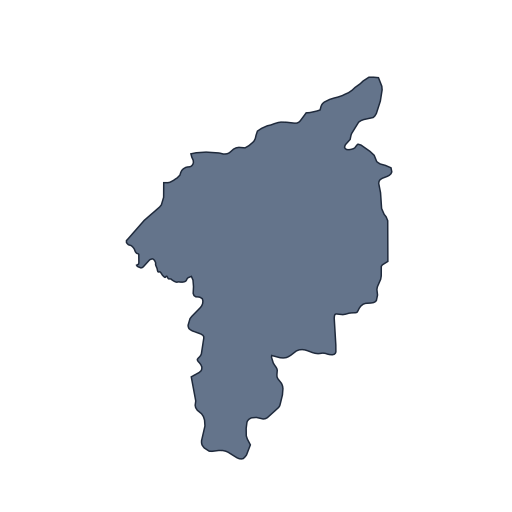 SVG path tracing the border of Arhangay, rotated 283°
{"feature_id": "MNG-3316", "entity_name": "Arhangay", "entity_type": "Province", "adm_level": 1, "iso_a3": "MNG", "parent_name": "Mongolia", "parent_adm1": "", "projection": "albers", "projection_center": [100.83, 48.018], "detail": "fine", "context": "isolated", "style": "filled", "palette": "slate", "viewbox_px": 512, "rotation_deg": 283, "n_neighbors": 0, "source": "natural_earth", "source_scale": "10m", "svg_char_len": 4358}
<svg xmlns="http://www.w3.org/2000/svg" viewBox="0 0 512 512"><g transform="rotate(283 256 256)"><path d="M306.7,149.6L307.6,153.6L308.5,155.6L311.2,158.7L312.8,160.1L314.3,161.6L317.7,163.7L320.5,163.9L322.2,164.3L323.0,164.6L324.6,165.6L326.5,167.6L327.3,169.2L328.0,171.3L328.8,172.6L330.0,173.4L331.4,173.9L333.0,174.0L335.1,173.3L337.9,171.2L340.9,169.6L343.1,174.4L346.0,184.0L348.0,196.4L348.1,198.1L348.0,201.2L348.6,203.5L349.2,205.0L350.3,206.5L351.6,207.6L355.1,210.1L356.9,212.3L358.0,214.9L358.9,221.0L361.1,223.4L362.2,224.5L367.0,228.0L368.6,228.5L370.3,228.9L373.7,228.9L378.0,229.3L381.6,232.7L385.4,237.7L387.0,241.0L389.0,244.0L391.1,247.7L392.1,250.3L393.2,255.8L394.1,263.7L394.6,265.6L395.0,266.4L396.2,267.8L397.6,268.7L402.6,270.9L406.8,272.7L407.7,275.8L408.4,277.4L410.9,282.6L412.7,285.6L416.2,285.7L418.0,286.0L419.5,286.6L421.3,287.9L425.1,292.5L427.4,296.4L429.3,300.1L431.7,304.0L433.6,306.3L436.0,309.5L439.2,312.4L442.5,314.6L447.3,318.8L450.6,321.0L455.6,325.8L456.7,330.7L457.3,335.2L449.7,340.4L446.3,341.5L434.9,342.3L421.9,341.2L419.0,340.2L417.3,339.0L413.2,330.3L411.6,327.9L409.5,325.9L396.8,321.6L394.8,321.4L390.8,321.5L384.8,318.2L383.8,317.9L381.9,317.8L380.7,318.8L380.1,320.5L380.5,322.7L381.3,324.7L382.3,326.5L383.5,327.9L385.1,328.6L386.7,329.3L387.9,330.2L387.7,333.4L383.6,343.5L380.7,348.5L375.1,352.4L374.4,354.0L373.6,356.3L373.4,361.6L372.3,367.7L368.5,369.4L366.5,369.0L364.6,367.7L363.2,366.1L360.1,361.5L358.2,359.7L356.4,359.1L354.4,359.2L345.7,363.1L330.5,367.7L325.4,371.5L323.4,374.0L320.0,376.4L280.4,385.7L275.8,381.1L274.1,380.4L264.8,382.5L261.4,382.7L253.3,381.2L250.6,381.3L245.3,383.2L239.6,383.3L238.1,382.3L237.0,380.9L236.0,378.4L234.5,373.4L233.2,371.3L230.8,369.4L228.5,368.4L224.6,367.4L223.8,367.0L223.2,366.0L222.1,362.0L221.2,359.5L219.5,356.4L218.4,353.8L217.6,347.1L216.8,346.1L215.3,345.9L213.0,346.2L187.2,353.8L180.5,355.4L179.1,355.2L177.8,354.3L176.9,352.5L176.5,349.9L176.5,347.7L176.7,345.7L176.6,344.1L176.3,342.5L175.5,340.5L174.8,338.5L174.5,335.5L174.6,332.8L175.3,327.5L175.5,324.7L175.2,322.0L174.3,319.2L172.6,316.7L167.1,312.2L165.0,310.0L163.8,308.3L162.8,305.5L162.3,302.3L162.6,293.7L160.8,293.9L155.6,296.9L153.7,298.8L152.3,300.4L151.0,301.6L149.5,302.4L144.8,303.1L142.9,303.7L141.4,304.8L137.6,309.5L136.1,310.6L134.9,311.3L132.7,312.1L126.6,313.0L117.7,312.9L115.4,312.8L113.5,312.1L101.0,303.4L99.6,301.7L98.8,299.7L98.8,292.7L97.3,288.0L96.3,286.8L95.4,285.9L94.2,285.2L93.0,284.7L91.7,284.6L85.8,285.2L78.5,287.0L75.6,288.8L70.7,293.0L60.0,291.5L58.0,290.6L55.8,289.2L55.0,287.5L54.7,285.4L55.1,282.9L58.6,272.7L59.0,270.3L59.0,267.4L58.2,263.6L55.8,257.1L55.3,254.3L57.3,248.8L58.4,247.4L59.8,245.9L61.6,245.0L63.7,244.5L78.9,244.5L84.5,242.8L87.7,240.9L90.0,238.5L92.5,233.5L94.7,231.3L96.9,230.3L101.2,229.9L123.7,220.1L129.8,226.9L132.0,228.4L133.7,228.6L135.7,228.2L137.8,226.6L139.2,224.9L140.2,223.4L141.1,222.5L142.1,222.1L143.5,222.7L144.9,223.6L146.5,224.4L148.2,224.8L164.2,223.6L165.7,223.2L166.8,222.1L167.6,219.8L168.7,210.8L169.4,208.6L170.2,207.0L171.8,205.9L173.3,205.4L180.1,205.8L182.7,207.0L193.4,213.5L195.3,214.3L197.5,214.7L200.2,214.4L202.3,213.3L203.2,210.7L203.1,208.7L202.7,206.5L203.5,204.5L205.4,203.2L212.1,202.0L218.4,200.0L221.6,197.6L220.0,195.3L219.3,194.5L218.8,194.2L218.4,194.0L217.0,193.7L216.1,193.4L215.7,193.1L215.3,192.7L214.8,192.0L214.1,190.5L213.8,189.3L213.5,187.8L213.5,186.6L212.7,184.8L212.6,184.1L212.8,182.7L213.1,181.5L213.8,179.5L214.4,178.5L214.4,177.5L214.3,176.9L214.1,176.4L214.1,175.9L214.4,175.4L215.8,174.1L216.2,173.7L216.1,173.3L215.8,172.9L214.8,172.4L214.7,171.9L215.1,171.0L216.2,169.2L217.5,167.9L218.5,166.8L218.9,166.1L218.9,165.4L218.6,165.0L218.5,164.4L218.7,163.9L220.2,163.0L221.3,162.6L224.1,160.6L225.0,160.1L225.8,159.9L226.3,159.9L226.8,159.7L227.3,159.4L228.9,158.1L229.3,157.5L229.8,156.4L229.9,155.8L229.9,155.5L228.5,153.3L220.1,148.6L219.3,147.9L218.8,147.3L218.5,146.1L218.7,145.5L218.9,144.0L219.2,142.7L220.2,141.7L221.5,143.3L223.0,143.4L231.3,141.4L231.7,140.6L231.7,139.6L231.9,138.9L233.0,137.5L235.7,135.6L236.9,134.1L237.8,132.6L238.1,131.8L238.2,129.7L238.3,129.1L238.5,128.7L238.9,128.2L239.2,127.6L240.1,126.7L241.9,126.3L243.8,127.4L265.6,139.1L282.1,151.1L284.5,152.3L292.4,152.8L306.7,149.6Z" fill="#64748b" stroke="#1e293b" stroke-width="1.5"/></g></svg>